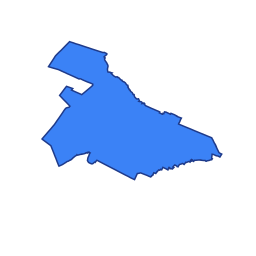 outline of Noria de Ángeles, Zacatecas, Mexico, rotated 202°
{"feature_id": "50627088B97712252064596", "entity_name": "Noria de Ángeles", "entity_type": "district", "adm_level": 2, "iso_a3": "MEX", "parent_name": "Mexico", "parent_adm1": "Zacatecas", "projection": "mercator", "projection_center": [-101.924, 22.398], "detail": "fine", "context": "isolated", "style": "filled", "palette": "blue", "viewbox_px": 256, "rotation_deg": 202, "n_neighbors": 0, "source": "geoboundaries", "source_scale": "gbopen_adm2", "svg_char_len": 5396}
<svg xmlns="http://www.w3.org/2000/svg" viewBox="0 0 256 256"><g transform="rotate(202 128 128)"><path d="M202.8,85.3L192.9,82.7L186.5,76.0L186.1,75.5L185.1,74.5L184.7,74.0L184.1,73.5L180.9,70.0L180.7,69.8L179.7,68.8L179.6,68.6L179.3,68.4L178.7,67.7L177.7,66.8L175.3,69.3L174.6,70.2L173.2,72.2L172.7,72.7L172.5,73.2L172.4,73.5L172.2,73.8L171.6,74.3L170.8,75.0L170.5,75.4L170.1,76.0L169.7,76.5L169.4,76.6L169.2,77.0L168.9,77.2L168.9,77.3L168.8,77.6L168.6,77.9L168.4,78.2L168.3,78.4L168.0,79.0L167.9,79.4L167.8,79.7L167.6,80.0L167.4,80.4L167.1,80.9L166.6,81.9L166.2,82.4L165.7,83.1L165.3,83.5L165.3,84.0L164.8,83.8L164.1,84.3L163.8,84.5L163.4,84.7L163.2,85.0L162.5,85.5L162.1,85.7L161.9,85.9L161.5,86.2L161.1,86.5L160.9,86.6L160.5,86.8L160.5,86.7L158.9,87.8L157.6,88.9L157.8,89.1L157.2,89.6L156.5,90.2L155.6,90.8L155.6,90.5L155.6,90.2L155.1,90.7L154.8,90.7L154.6,90.8L154.3,90.8L154.2,90.7L153.8,90.7L153.9,90.3L153.9,89.9L154.0,89.3L154.0,88.6L153.9,87.7L154.0,86.3L154.0,85.3L153.4,82.6L151.7,81.3L149.9,81.1L148.5,81.1L147.9,81.3L147.3,81.7L146.8,82.7L145.9,84.1L145.6,84.5L145.4,84.3L145.3,84.8L144.8,86.4L144.4,86.4L143.9,86.4L143.2,86.3L136.0,85.6L123.1,84.4L121.3,84.2L117.0,83.8L112.9,83.4L109.8,83.2L106.7,82.8L102.6,82.6L102.3,89.3L101.2,89.9L99.5,91.1L92.4,91.2L90.7,91.1L90.1,91.1L89.3,91.1L88.7,91.1L88.3,92.2L88.1,92.1L87.6,93.7L87.3,93.7L87.3,95.0L87.4,94.9L87.3,96.2L85.2,96.2L84.8,98.4L84.5,98.4L84.3,99.2L83.9,100.6L83.7,100.7L82.7,100.7L82.3,101.9L81.1,101.8L80.9,104.6L79.4,104.5L78.1,104.4L77.6,104.4L75.3,104.1L75.3,106.8L74.9,106.9L74.4,106.6L74.0,106.5L74.0,106.3L73.4,106.3L73.4,106.1L72.8,106.4L72.3,106.5L71.5,106.6L70.7,108.5L71.8,108.6L71.0,110.9L70.8,111.2L70.7,111.1L70.4,111.1L70.1,111.1L69.9,111.2L68.9,111.1L68.4,110.9L68.1,110.6L67.6,110.8L67.1,110.7L66.8,112.7L66.6,113.1L66.3,113.7L65.2,114.5L64.3,115.3L64.3,115.5L63.2,115.6L63.2,115.4L62.7,115.3L62.5,115.2L62.3,115.2L61.6,117.8L61.2,117.7L59.1,119.7L57.7,119.6L57.8,120.4L57.7,120.3L57.3,122.6L56.4,122.5L56.5,121.2L55.6,121.8L54.6,121.6L54.4,122.9L53.6,123.2L50.9,124.6L49.6,125.2L48.9,125.5L48.9,125.3L47.4,125.7L45.4,126.3L44.7,126.6L44.4,126.8L43.4,126.4L43.1,126.6L42.9,126.6L42.7,126.7L42.5,127.1L41.5,127.8L40.9,128.1L40.3,128.6L39.8,129.1L39.3,129.5L38.5,129.9L38.3,131.1L39.1,131.2L40.2,135.2L38.7,135.5L35.9,135.3L34.6,135.6L34.4,135.7L34.1,135.7L33.0,135.6L31.9,135.5L31.3,138.9L33.9,139.1L34.3,139.3L34.6,139.4L35.1,139.9L36.9,141.5L38.1,142.6L39.4,143.8L40.0,144.4L39.8,144.4L40.5,145.1L41.1,145.6L42.3,146.4L43.4,147.4L45.1,149.0L46.0,149.6L46.7,150.3L49.4,150.3L50.7,150.3L64.9,150.4L69.6,150.5L75.1,150.5L82.6,150.6L82.7,151.3L82.5,152.2L82.4,153.0L82.4,155.6L82.2,157.2L84.7,157.1L85.5,157.1L86.2,157.1L87.4,157.2L87.4,157.5L87.5,157.5L87.8,157.5L88.5,157.5L89.6,157.7L93.7,157.7L93.8,156.7L97.3,156.9L99.0,157.0L99.3,156.7L99.7,156.6L100.2,156.6L100.2,155.9L100.2,154.7L101.1,154.7L101.1,153.7L101.4,153.6L103.4,153.8L104.6,153.8L104.6,154.8L106.0,154.9L107.2,154.9L108.0,154.9L111.9,155.0L113.1,155.0L120.2,155.3L120.7,155.5L121.2,156.0L121.5,156.7L122.2,157.1L122.7,156.3L122.8,156.3L123.0,156.6L123.5,156.5L123.6,156.3L123.9,156.1L123.9,156.3L124.0,156.2L124.1,156.3L124.2,156.2L124.2,156.3L124.3,156.7L124.8,157.1L125.7,157.3L127.0,156.9L127.6,156.8L127.3,157.2L129.2,159.0L130.0,158.5L131.0,158.2L133.5,159.3L134.9,161.1L135.0,161.0L135.3,161.0L135.2,161.2L135.5,161.2L135.8,161.1L136.0,161.3L137.4,162.4L138.4,162.7L139.1,162.8L139.5,163.2L139.7,163.3L140.1,163.8L140.3,163.6L140.6,163.8L140.9,163.9L141.2,164.0L141.9,164.7L141.9,164.9L142.7,165.2L143.0,165.7L143.5,165.9L143.4,166.4L143.7,166.6L144.1,167.5L145.3,167.5L146.1,168.0L147.4,168.9L147.8,169.0L148.3,169.1L148.7,169.1L149.0,169.2L149.2,169.4L149.6,169.3L150.0,169.2L150.4,169.3L150.7,169.4L151.0,169.5L151.3,169.6L151.4,170.0L152.7,170.0L155.6,171.3L156.1,171.1L156.7,171.3L156.7,171.1L157.5,171.2L158.1,171.0L158.5,170.6L160.9,171.0L163.9,172.2L163.4,173.1L164.6,173.0L165.9,173.0L166.0,172.8L166.3,172.7L167.6,172.4L168.2,173.2L168.5,173.7L168.8,174.2L169.2,175.1L169.3,175.8L169.5,176.9L169.7,177.9L170.3,178.8L171.1,179.4L171.7,180.0L172.4,180.6L172.9,180.9L173.5,181.3L174.3,181.8L175.2,182.5L175.3,182.8L175.8,183.8L175.4,184.3L175.5,184.5L176.2,184.6L176.5,184.9L176.8,185.0L176.7,185.4L175.2,188.2L175.5,189.0L178.4,189.2L179.4,188.6L181.7,188.4L191.4,187.7L193.4,187.6L195.1,187.5L195.9,187.4L196.6,187.4L197.4,187.3L199.3,187.2L204.3,186.9L206.6,186.7L207.1,186.6L208.9,186.5L210.1,186.5L213.6,186.2L214.5,186.2L216.6,181.2L219.2,174.8L219.4,174.4L220.3,172.5L221.4,169.9L222.2,167.9L222.4,167.1L222.8,164.8L223.3,162.2L223.8,159.8L224.7,155.1L223.7,155.1L223.3,155.2L222.0,155.3L219.9,155.5L214.5,156.1L211.4,156.0L211.3,155.9L209.8,155.9L208.5,155.8L207.7,155.8L206.7,155.8L206.0,155.7L204.3,155.6L202.9,155.6L200.7,155.5L198.0,155.4L191.7,155.1L191.0,155.7L190.2,155.8L187.4,155.6L182.9,155.5L180.0,155.6L177.1,155.5L176.7,154.5L177.1,153.4L177.8,152.0L181.8,144.5L183.4,141.6L185.0,141.7L189.5,141.8L189.8,141.8L194.6,142.0L194.0,143.9L200.6,143.6L200.7,143.3L201.0,142.3L201.8,139.4L202.5,136.7L202.9,135.1L203.1,134.5L203.6,132.6L198.2,130.1L195.3,128.9L190.0,126.5L190.4,125.2L192.4,123.8L193.0,123.1L193.2,122.8L193.9,120.2L194.4,117.6L194.7,116.2L195.8,111.3L196.4,108.8L197.6,103.3L197.9,102.6L199.3,98.2L200.5,94.8L203.6,85.6L202.8,85.3Z" fill="#3b82f6" stroke="#1e3a8a" stroke-width="1.5"/></g></svg>